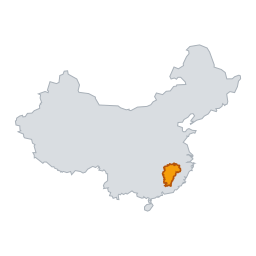 Jiangxi highlighted on a map of China
{"feature_id": "CHN-1817", "entity_name": "Jiangxi", "entity_type": "Province", "adm_level": 1, "iso_a3": "CHN", "parent_name": "China", "parent_adm1": "", "projection": "mercator", "projection_center": [115.66, 27.278], "detail": "fine", "context": "in_parent", "style": "filled", "palette": "amber", "viewbox_px": 256, "rotation_deg": 0, "n_neighbors": 0, "source": "natural_earth", "source_scale": "10m", "svg_char_len": 7598}
<svg xmlns="http://www.w3.org/2000/svg" viewBox="0 0 256 256"><path d="M141.9,198.2L137.1,196.4L136.7,194.3L137.5,193.2L134.1,192.6L132.0,190.9L127.1,194.1L125.9,193.2L123.5,194.5L121.7,193.3L120.4,194.8L118.8,194.3L118.2,195.3L118.9,199.6L117.1,199.5L116.5,197.3L113.1,198.3L112.2,196.2L109.5,195.7L110.7,192.5L108.4,191.5L107.7,188.7L108.3,187.8L103.6,188.6L104.1,187.4L103.4,185.7L104.5,183.2L107.6,180.7L107.6,173.7L106.3,173.7L105.5,171.3L103.9,169.8L102.7,171.0L98.8,170.1L99.9,168.7L99.4,167.5L98.3,168.0L99.1,166.6L97.9,165.8L95.6,167.5L92.7,166.4L87.7,169.2L85.5,172.1L83.0,173.0L80.4,171.5L75.3,170.6L71.6,174.7L70.6,171.5L66.9,172.6L63.2,171.4L62.5,172.2L61.5,171.4L60.9,172.2L59.8,170.7L57.7,170.5L57.8,169.4L54.4,168.0L53.9,166.7L52.0,166.9L46.4,162.0L44.1,162.0L42.9,163.3L35.5,157.4L34.3,157.9L34.2,155.0L32.9,152.6L36.0,152.7L34.1,146.0L35.0,144.7L32.5,143.1L31.6,139.4L24.7,137.9L23.8,136.8L23.5,134.1L18.1,131.8L20.8,130.7L20.0,129.7L19.8,125.9L16.0,125.0L15.4,121.0L16.4,120.4L16.7,118.1L19.8,116.0L22.5,115.3L22.9,116.9L25.3,116.6L27.4,113.4L31.9,113.1L34.2,110.7L39.7,108.3L39.4,105.2L40.8,104.2L40.3,103.3L41.7,102.7L40.1,98.0L40.6,94.8L38.4,93.9L45.1,91.5L48.1,92.7L48.5,91.1L47.4,90.2L50.0,81.7L56.5,83.6L59.0,82.4L59.8,75.5L63.0,74.3L64.2,71.2L67.6,70.8L68.2,74.2L76.8,79.0L79.5,85.0L78.1,90.6L78.9,92.3L88.7,93.6L95.4,97.1L95.3,98.3L99.2,105.0L118.1,105.9L120.5,107.8L126.2,109.8L129.1,109.2L129.1,110.3L130.9,110.6L137.5,107.1L147.0,106.4L150.9,104.7L153.1,101.8L156.5,100.0L154.6,96.6L156.4,93.0L162.6,94.6L166.2,91.3L170.3,90.9L173.6,86.5L176.4,86.1L176.8,84.9L185.8,84.5L185.2,81.9L180.7,77.3L178.0,77.3L176.5,79.2L174.3,78.0L171.1,79.0L169.8,76.5L174.0,67.0L178.4,68.8L183.5,65.6L183.2,63.7L186.5,56.7L189.0,53.7L188.7,50.9L186.4,50.0L189.9,46.5L199.6,44.9L207.1,48.0L209.6,52.1L214.2,64.8L214.1,67.1L221.3,69.5L225.2,72.5L226.8,78.9L232.3,78.8L234.7,76.7L238.9,75.2L240.3,75.8L240.6,78.8L238.5,81.1L237.4,86.7L234.6,92.6L229.9,91.6L226.7,94.1L227.8,101.7L227.1,104.1L224.7,104.9L225.1,105.9L222.7,103.6L222.0,106.3L219.2,108.4L215.9,108.6L216.8,110.5L216.3,111.6L211.0,110.0L208.3,113.9L204.3,116.1L202.0,118.7L196.7,120.2L190.6,124.4L190.3,123.5L192.5,122.6L193.0,121.3L191.0,121.3L190.9,120.5L194.6,115.9L193.0,113.6L190.6,114.0L188.0,117.2L184.0,119.5L182.5,122.2L178.1,122.5L177.6,125.8L182.4,127.6L182.4,130.9L183.6,131.8L185.4,131.7L187.2,129.3L189.0,128.6L192.3,130.3L196.1,130.6L194.9,133.2L193.4,132.7L189.3,134.2L188.6,136.5L186.9,136.1L187.3,137.1L183.2,142.3L187.2,144.8L189.4,152.0L193.0,155.3L192.8,156.1L188.2,154.4L186.4,155.1L188.9,154.9L193.0,158.9L189.6,161.8L187.9,161.8L187.0,162.4L190.9,162.1L193.9,164.0L191.8,165.6L193.5,165.6L193.3,167.1L191.6,167.1L192.5,167.9L191.7,169.2L192.2,170.6L190.5,170.5L189.0,171.8L186.4,177.5L184.7,176.9L185.8,178.8L184.3,179.9L183.1,179.6L184.9,180.1L184.9,182.6L183.2,182.4L183.6,183.3L182.5,183.4L181.3,185.8L178.3,186.4L179.1,187.3L176.6,189.9L174.9,189.7L173.3,192.5L164.2,194.2L162.4,191.9L161.7,192.6L162.5,195.4L160.8,195.5L158.9,197.2L158.1,196.4L157.9,197.3L156.6,196.9L155.3,198.0L150.9,198.9L150.0,200.5L151.3,202.1L150.7,203.0L149.0,202.8L148.2,200.6L149.2,198.3L147.8,197.5L146.3,198.6L143.8,196.7L143.9,197.7L141.9,198.2ZM151.8,203.6L153.1,205.5L149.7,210.2L147.6,211.1L144.6,209.9L144.5,206.9L146.7,204.6L151.8,203.6ZM193.1,157.0L191.9,156.8L190.7,155.7L191.7,155.9L193.1,157.0ZM194.7,163.2L193.7,163.4L193.5,162.8L194.7,163.2ZM185.7,181.8L185.2,182.5L185.2,181.6L185.7,181.8ZM150.4,200.2L151.3,199.9L151.3,200.4L150.4,200.2Z" fill="#d9dde1" stroke="#a8b0b8" stroke-width="1"/><path d="M164.1,182.5L163.9,182.4L163.9,182.1L164.1,181.9L164.0,181.7L163.8,181.5L163.8,181.3L163.8,181.2L164.0,180.7L164.2,180.1L164.2,179.9L164.3,179.8L164.5,179.8L164.6,179.6L164.8,179.6L164.9,179.4L164.7,179.2L164.5,179.3L164.3,179.4L164.2,179.4L164.0,179.5L163.9,179.4L164.1,179.0L164.2,178.5L164.4,178.2L164.5,177.8L164.2,177.7L163.8,177.5L163.7,177.4L163.5,176.7L163.7,176.4L163.8,176.3L163.8,176.2L163.6,176.1L163.5,175.8L163.4,175.7L163.2,175.6L163.3,175.4L163.5,175.1L163.6,174.9L163.6,174.6L163.3,174.5L163.2,174.5L162.7,174.5L162.6,173.8L162.5,173.7L162.6,173.4L162.7,173.1L163.1,172.6L163.1,172.4L163.1,172.1L163.2,171.9L163.3,171.9L163.5,171.8L163.8,171.8L164.1,171.6L164.2,171.2L164.4,171.0L164.5,170.8L164.7,170.7L164.8,170.6L165.0,170.3L165.0,170.2L164.8,170.0L164.8,169.8L164.8,169.7L164.6,169.7L164.4,169.5L164.5,169.4L164.6,169.1L164.6,168.9L164.7,168.6L164.6,168.4L164.3,168.2L164.2,168.1L164.0,167.9L163.8,167.9L163.8,167.4L164.1,167.0L164.4,166.8L164.5,166.8L164.9,166.7L165.0,166.7L165.0,166.4L165.1,166.2L165.3,166.2L165.4,166.3L165.5,166.3L165.8,166.3L166.5,166.1L166.8,166.0L167.1,166.1L167.2,165.8L167.4,165.6L167.5,165.6L167.6,165.4L168.1,165.3L168.2,165.5L168.3,165.5L168.3,165.3L168.4,165.2L168.2,165.0L168.1,164.9L168.5,164.9L168.7,165.0L168.8,165.1L169.1,165.0L169.3,164.8L169.4,164.7L169.5,164.3L169.6,164.0L169.8,164.1L170.1,164.0L170.4,164.0L170.5,164.1L170.6,164.3L171.0,164.6L171.5,164.5L171.9,164.3L172.1,164.3L172.4,164.4L172.5,164.3L172.8,164.0L173.0,164.0L173.2,163.9L173.4,163.9L173.5,163.8L173.5,163.6L173.7,163.4L173.9,163.2L174.1,163.2L174.4,163.3L174.7,163.7L174.8,163.8L174.7,164.1L174.4,164.5L174.2,164.7L173.9,165.0L174.1,165.2L174.2,165.4L174.3,165.4L174.6,165.4L174.8,165.4L175.1,164.9L175.5,164.6L175.6,164.3L175.5,164.2L175.4,164.1L175.6,164.0L175.7,163.8L175.8,163.8L176.1,163.9L176.0,164.0L176.4,164.1L176.5,164.2L176.7,164.4L176.8,164.6L177.0,164.9L177.2,165.0L177.6,165.1L177.7,165.3L177.8,165.3L178.0,165.3L178.5,165.4L178.8,165.3L179.0,165.3L179.3,165.4L179.3,165.5L179.3,165.8L179.6,166.0L179.4,166.4L179.2,166.5L179.1,166.8L178.9,167.1L179.1,167.4L179.1,167.5L179.4,167.6L179.7,167.9L179.7,168.0L179.8,168.0L180.0,168.2L180.0,168.4L180.3,168.5L180.3,168.8L180.5,169.0L180.4,169.3L180.5,169.5L180.5,169.8L180.6,170.3L180.6,170.5L180.3,170.9L180.2,171.0L180.3,171.1L180.2,171.5L179.6,171.7L179.4,171.7L179.3,171.8L179.2,171.8L178.8,172.0L178.7,172.0L178.2,172.1L178.1,172.3L178.1,172.5L177.9,172.6L177.7,172.5L177.4,172.4L177.3,172.2L177.2,172.0L176.8,172.2L176.7,172.3L176.4,172.5L176.3,172.4L176.3,172.5L176.3,172.8L176.0,173.0L175.8,173.3L175.6,173.7L175.6,174.0L175.6,174.4L175.6,174.6L175.8,174.8L175.6,175.1L175.4,175.6L174.9,175.9L174.6,176.0L174.4,176.0L174.1,176.1L173.9,176.2L173.5,176.6L173.5,177.0L173.4,177.2L173.4,177.3L173.5,177.5L173.5,177.8L173.6,178.0L173.8,178.1L173.7,178.5L173.4,178.5L173.0,179.0L173.0,179.3L173.1,179.5L173.0,179.9L172.9,180.1L172.7,180.3L172.2,180.5L172.0,180.9L172.1,181.0L171.9,181.1L171.9,181.3L171.7,181.4L171.6,181.6L171.7,181.9L171.5,182.2L171.4,182.6L171.4,182.8L171.4,183.0L171.2,183.3L170.9,183.4L170.9,183.5L171.1,183.9L171.1,184.1L171.1,184.3L171.1,184.6L171.1,184.8L170.9,184.7L170.7,184.8L170.6,185.0L170.6,185.3L170.7,185.5L170.7,185.8L170.8,186.0L170.4,186.1L170.2,185.9L169.9,185.5L169.7,185.4L169.5,185.1L169.4,185.1L169.1,185.2L169.1,185.3L168.9,185.2L168.7,185.3L168.5,185.5L168.4,185.5L168.2,185.5L168.1,185.4L167.9,185.5L167.6,185.6L167.4,185.9L167.2,185.8L167.0,185.7L166.9,185.7L166.9,185.8L166.8,186.0L166.6,186.0L166.6,185.9L166.2,186.0L165.9,186.1L165.7,186.3L165.6,186.2L165.2,185.9L165.1,185.7L164.8,185.6L165.1,185.3L165.3,185.1L165.4,184.9L165.6,184.7L165.7,184.3L165.9,184.2L166.2,184.0L166.5,183.9L166.8,183.8L166.8,183.7L166.7,183.6L166.8,183.2L166.7,183.0L166.5,182.9L166.3,182.8L166.2,182.6L165.7,182.6L165.6,182.9L165.3,182.9L165.2,183.0L164.9,183.0L164.7,183.0L164.4,183.1L164.2,183.1L164.2,182.9L164.2,182.6L164.1,182.5Z" fill="#f59e0b" stroke="#b45309" stroke-width="1.5"/></svg>